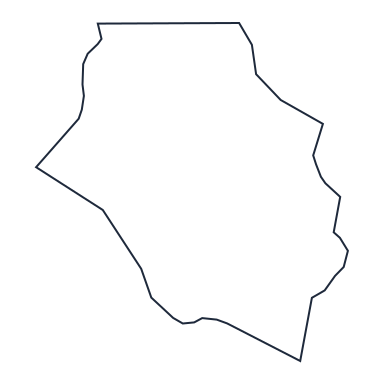 the border of Vojnik
{"feature_id": "SVN-223", "entity_name": "Vojnik", "entity_type": "Municipality", "adm_level": 1, "iso_a3": "SVN", "parent_name": "Slovenia", "parent_adm1": "", "projection": "orthographic", "projection_center": [15.32, 46.313], "detail": "fine", "context": "isolated", "style": "outline", "palette": "slate", "viewbox_px": 384, "rotation_deg": 0, "n_neighbors": 0, "source": "natural_earth", "source_scale": "10m", "svg_char_len": 562}
<svg xmlns="http://www.w3.org/2000/svg" viewBox="0 0 384 384"><path d="M97.8,23.6L239.1,23.0L251.9,44.8L256.1,74.2L280.7,100.0L322.9,123.9L313.2,155.4L316.0,164.2L320.9,176.8L325.4,183.3L340.2,196.9L333.7,232.3L339.9,237.8L347.9,250.8L343.7,267.0L335.1,275.8L324.7,290.4L311.9,297.8L300.2,361.0L227.1,323.4L216.7,319.6L202.2,318.1L194.2,322.4L182.8,323.5L173.1,317.9L151.3,297.6L141.2,268.8L102.8,210.0L36.1,167.2L78.7,118.7L81.8,109.7L83.9,95.9L82.5,84.5L83.2,64.1L87.7,53.7L97.7,44.1L101.5,38.9L97.8,23.6Z" fill="none" stroke="#1e293b" stroke-width="2"/></svg>